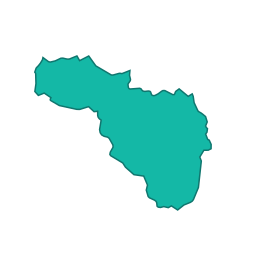 SVG path tracing the border of Granada, rotated 252°
{"feature_id": "ESP-5821", "entity_name": "Granada", "entity_type": "Autonomous Community", "adm_level": 1, "iso_a3": "ESP", "parent_name": "Spain", "parent_adm1": "", "projection": "orthographic", "projection_center": [-3.141, 37.388], "detail": "fine", "context": "isolated", "style": "filled", "palette": "teal", "viewbox_px": 256, "rotation_deg": 252, "n_neighbors": 0, "source": "natural_earth", "source_scale": "10m", "svg_char_len": 1739}
<svg xmlns="http://www.w3.org/2000/svg" viewBox="0 0 256 256"><g transform="rotate(252 128 128)"><path d="M140.6,199.6L138.0,199.8L131.7,198.7L122.6,199.8L121.2,200.7L120.0,201.9L118.2,203.2L114.9,205.3L109.3,205.2L105.9,202.4L104.1,202.7L102.9,203.4L99.6,201.8L98.3,200.0L95.5,200.1L92.5,200.3L91.3,201.5L86.7,202.0L82.6,200.6L82.1,197.4L83.4,193.3L78.2,187.3L73.9,187.5L49.7,176.6L39.7,168.1L38.6,166.5L38.0,164.4L37.5,157.4L34.7,149.9L40.5,145.2L39.8,141.7L42.2,137.8L42.4,134.3L43.3,132.5L44.0,131.8L44.7,131.5L48.0,132.2L49.6,132.0L51.1,131.0L55.0,126.8L56.6,126.0L63.3,126.2L67.7,128.9L77.4,128.1L81.8,119.2L91.5,113.5L96.4,112.2L107.1,102.9L108.5,102.6L110.5,103.7L114.4,107.9L116.6,108.4L124.0,106.9L125.6,105.8L127.5,102.7L129.6,100.8L132.1,100.1L135.3,100.5L143.8,104.9L145.6,103.6L147.3,103.0L149.1,103.0L153.3,104.3L154.0,100.8L160.5,97.1L160.6,87.9L161.6,85.0L170.6,69.6L178.2,62.8L178.9,62.8L179.4,63.0L180.7,64.1L187.1,59.1L186.7,52.8L191.5,50.7L198.7,54.2L207.9,56.9L208.8,57.0L209.9,56.6L212.9,58.8L213.6,59.5L214.9,62.0L216.7,64.7L219.3,67.7L221.3,68.9L215.9,72.7L215.2,73.5L214.7,74.6L214.3,79.5L215.1,85.8L214.5,87.8L212.4,91.3L211.7,93.3L212.3,101.7L207.0,102.8L208.6,112.9L197.0,116.6L183.6,128.5L183.0,130.1L182.7,136.4L182.5,137.3L181.7,138.8L181.6,139.6L182.1,147.6L177.6,145.7L173.5,145.4L172.3,144.8L170.1,141.9L169.3,141.4L166.6,140.9L165.5,141.0L164.8,141.5L164.4,142.2L162.2,151.3L161.4,152.4L159.3,153.1L158.4,153.8L157.6,155.3L156.9,158.7L156.2,160.1L155.3,160.6L152.2,160.7L151.0,161.9L150.6,163.6L151.2,167.3L152.6,171.4L152.8,172.9L152.2,174.6L145.9,180.9L145.5,182.3L146.2,183.2L147.3,183.9L148.1,184.8L149.4,188.7L139.5,195.0L140.6,199.6Z" fill="#14b8a6" stroke="#0f766e" stroke-width="1.5"/></g></svg>